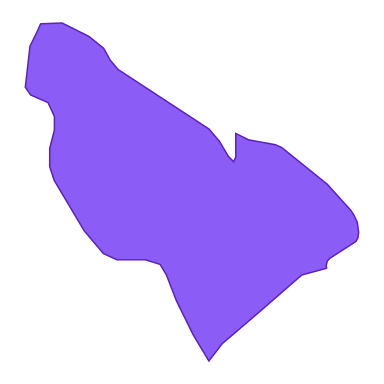 the border of Flintshire
{"feature_id": "GBR-2126", "entity_name": "Flintshire", "entity_type": "Unitary Authority (wales)", "adm_level": 1, "iso_a3": "GBR", "parent_name": "United Kingdom", "parent_adm1": "", "projection": "albers", "projection_center": [-3.16, 53.209], "detail": "fine", "context": "isolated", "style": "filled", "palette": "violet", "viewbox_px": 384, "rotation_deg": 0, "n_neighbors": 0, "source": "natural_earth", "source_scale": "10m", "svg_char_len": 741}
<svg xmlns="http://www.w3.org/2000/svg" viewBox="0 0 384 384"><path d="M235.8,133.5L248.5,139.8L275.2,144.7L281.7,147.5L327.3,184.3L350.8,210.3L354.0,215.2L357.2,222.1L358.7,232.4L357.9,237.9L356.0,241.4L329.7,258.4L327.3,261.1L326.3,265.2L326.6,268.2L326.2,268.3L301.8,275.0L258.0,313.1L222.3,343.6L208.9,361.0L193.0,334.5L176.5,301.0L166.5,275.1L160.1,264.4L145.4,259.8L131.7,259.8L117.1,259.8L103.4,253.6L84.2,230.8L64.2,197.2L54.2,180.4L49.7,166.6L49.7,148.3L54.4,130.1L54.4,116.4L48.0,102.6L30.7,95.0L25.3,87.3L30.0,46.1L37.4,31.2L40.2,24.7L40.8,23.8L62.1,23.0L88.9,36.4L103.7,48.3L110.2,60.2L118.2,69.6L209.1,129.1L219.5,141.4L228.3,156.3L233.6,161.7L235.8,157.1L235.8,133.5Z" fill="#8b5cf6" stroke="#5b21b6" stroke-width="1.5"/></svg>